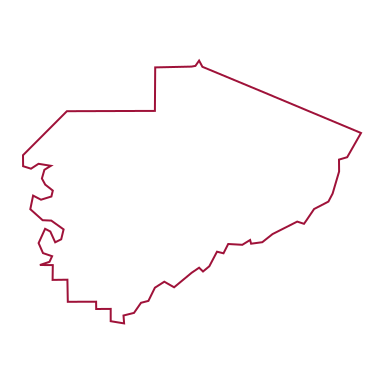 Yazoo, Mississippi, United States of America
{"feature_id": "52423323B4494633873446", "entity_name": "Yazoo", "entity_type": "district", "adm_level": 2, "iso_a3": "USA", "parent_name": "United States of America", "parent_adm1": "Mississippi", "projection": "mercator", "projection_center": [-90.462, 32.763], "detail": "fine", "context": "isolated", "style": "outline", "palette": "rose", "viewbox_px": 384, "rotation_deg": 0, "n_neighbors": 0, "source": "geoboundaries", "source_scale": "gbopen_adm2", "svg_char_len": 975}
<svg xmlns="http://www.w3.org/2000/svg" viewBox="0 0 384 384"><path d="M361.0,133.0L274.0,96.6L272.4,95.9L202.4,66.8L199.1,60.6L195.4,65.9L191.5,66.6L155.2,67.4L154.9,110.9L66.9,111.2L23.0,155.2L23.1,166.2L31.0,168.7L38.5,163.8L50.9,165.8L44.4,169.8L41.9,178.5L45.2,184.6L52.8,190.6L51.4,196.5L41.0,199.7L33.1,195.6L30.3,209.2L42.6,220.2L51.3,220.6L63.6,229.4L61.2,239.3L55.2,242.3L50.3,231.5L45.1,228.8L38.6,243.1L43.0,253.1L52.1,256.2L49.5,261.8L39.9,265.0L52.8,265.1L52.6,279.9L67.4,279.7L67.5,284.6L67.8,301.8L96.1,301.7L96.2,309.0L110.7,308.9L110.7,321.2L124.1,323.4L123.5,315.5L134.0,312.9L141.0,302.8L148.4,300.9L154.9,287.7L164.3,281.7L174.1,287.3L191.6,272.8L199.1,267.7L203.0,271.5L209.3,266.3L217.0,251.7L223.5,253.3L228.2,244.0L242.3,244.8L250.1,240.0L251.1,243.7L262.3,242.2L272.5,234.1L297.2,221.6L304.0,223.8L306.6,220.1L314.1,209.0L328.4,201.6L332.6,193.6L339.1,171.5L339.0,159.6L347.2,157.2L361.0,133.0Z" fill="none" stroke="#9f1239" stroke-width="2"/></svg>